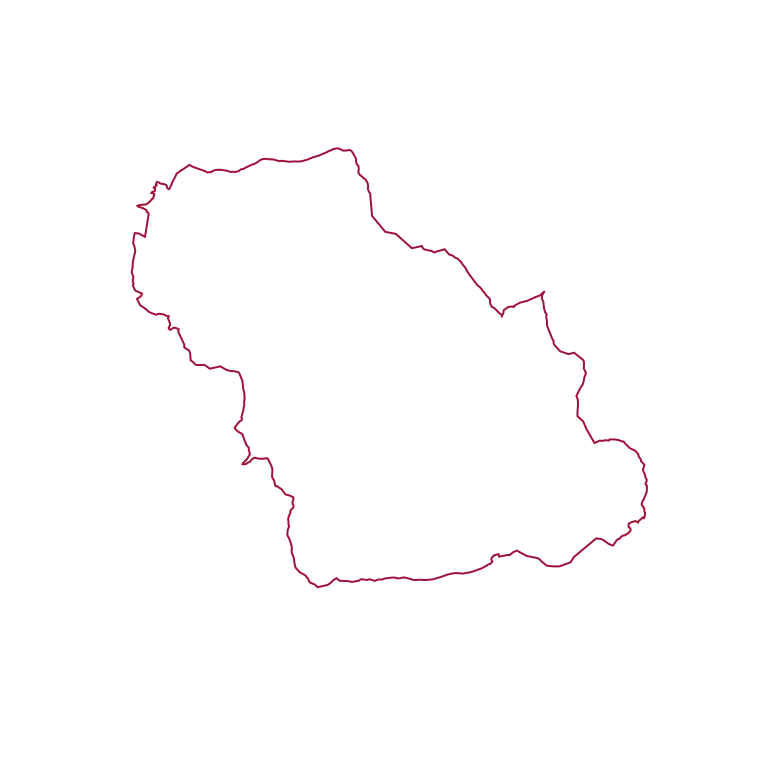 Fundu Moldovei, Suceava, Romania (Albers equal-area conic projection), rotated 17°
{"feature_id": "2599482B95968201222680", "entity_name": "Fundu Moldovei", "entity_type": "district", "adm_level": 2, "iso_a3": "ROU", "parent_name": "Romania", "parent_adm1": "Suceava", "projection": "albers", "projection_center": [25.315, 47.553], "detail": "fine", "context": "isolated", "style": "outline", "palette": "rose", "viewbox_px": 768, "rotation_deg": 17, "n_neighbors": 0, "source": "geoboundaries", "source_scale": "gbopen_adm2", "svg_char_len": 6161}
<svg xmlns="http://www.w3.org/2000/svg" viewBox="0 0 768 768"><g transform="rotate(17 384 384)"><path d="M380.0,597.7L388.7,592.7L390.9,590.2L392.9,586.4L395.4,583.6L399.0,585.1L406.6,583.2L411.6,582.5L417.6,579.4L418.5,578.0L419.6,577.3L425.3,576.3L427.1,575.1L428.0,574.9L432.8,575.0L435.4,572.8L439.5,571.4L441.7,569.7L448.5,566.7L451.2,565.9L453.5,566.0L456.2,565.1L458.2,563.7L460.4,563.0L468.8,562.7L471.4,562.3L475.8,560.6L481.2,559.3L487.7,556.6L494.7,552.0L500.1,547.9L504.2,545.5L507.5,543.9L515.3,542.1L517.1,540.9L520.4,539.6L521.6,538.6L522.9,538.0L531.1,531.9L535.2,527.8L536.5,526.1L538.4,524.8L539.6,522.1L538.2,520.8L537.8,520.0L537.9,518.5L538.5,517.2L539.0,516.9L539.1,516.0L539.3,515.7L543.3,513.2L544.6,515.4L552.5,511.2L554.1,510.9L556.8,507.0L559.7,504.5L570.9,506.7L582.1,505.6L584.7,506.4L586.3,507.5L592.8,510.2L599.4,508.9L605.3,507.0L614.5,500.0L616.1,494.1L632.1,469.6L636.9,468.8L639.2,469.0L645.5,471.2L648.9,471.6L650.3,471.4L652.1,465.7L653.1,463.9L654.2,463.5L655.7,460.4L656.8,459.1L658.0,458.7L660.7,456.0L662.7,452.4L662.3,450.9L661.7,450.0L660.0,449.4L659.1,447.8L659.1,446.8L658.9,446.0L660.6,444.2L664.4,441.6L667.2,442.0L667.0,441.5L670.7,435.8L671.8,436.4L672.0,436.2L671.8,432.6L671.1,430.6L670.4,430.2L669.4,427.1L668.2,426.3L667.7,425.3L666.1,424.5L665.7,424.0L665.5,423.4L665.5,420.2L666.0,419.1L666.2,417.8L666.7,412.6L666.7,409.8L665.8,406.5L665.0,404.2L663.6,403.5L663.1,402.5L663.5,400.5L663.3,398.7L662.3,398.0L659.0,393.1L657.9,392.1L656.9,390.6L656.6,389.8L656.6,388.7L656.8,387.3L656.5,385.0L652.7,382.9L651.4,380.8L650.8,380.5L648.8,378.9L647.8,376.9L643.9,374.4L637.9,373.5L631.8,370.3L630.0,368.9L628.1,369.4L624.8,369.0L620.2,369.7L617.2,370.6L615.7,371.3L615.5,372.4L612.8,372.9L611.5,373.3L609.9,374.4L606.8,375.1L602.5,378.9L590.7,367.8L585.5,361.6L578.5,358.3L577.4,355.0L575.6,347.2L574.1,342.7L571.5,339.0L572.6,332.3L573.2,329.3L574.1,326.8L574.2,324.6L574.0,321.6L573.6,319.2L574.0,316.8L573.7,314.2L572.5,312.7L570.8,311.2L570.5,310.5L569.2,305.7L568.4,303.9L567.4,302.8L556.7,298.5L551.6,301.5L542.9,301.2L535.0,296.5L534.2,295.3L533.4,293.0L531.3,291.1L522.7,280.3L521.4,276.0L519.6,272.7L519.2,270.0L516.9,268.0L514.8,264.6L512.5,259.1L509.8,255.9L509.3,252.6L510.5,248.3L507.2,253.8L503.8,256.3L496.8,262.5L489.9,266.7L485.3,271.7L485.5,272.4L483.9,272.4L480.4,274.0L476.9,278.3L477.4,281.3L476.9,284.5L476.0,283.3L473.7,282.6L467.7,279.3L464.2,278.5L462.2,276.2L461.4,274.6L460.9,272.6L459.7,271.3L455.4,269.1L452.9,266.9L451.2,266.3L450.1,265.1L447.8,263.6L443.9,261.9L434.3,254.9L430.7,252.0L428.1,249.2L424.6,247.0L422.4,245.1L417.5,242.4L415.4,242.5L412.3,241.2L408.2,241.0L402.6,237.4L395.3,242.1L393.9,243.4L390.6,243.0L383.1,243.5L381.1,242.4L379.9,241.0L370.9,246.0L351.5,237.0L340.7,238.1L323.5,226.8L315.0,205.8L313.4,204.6L311.9,202.7L311.1,201.0L311.2,199.6L309.5,196.6L306.7,193.9L304.3,193.1L301.7,191.7L300.3,191.4L298.3,190.0L297.5,188.7L297.1,186.0L296.0,183.3L295.1,182.4L293.7,181.9L291.9,178.8L291.2,176.5L286.6,172.1L285.2,171.0L283.4,170.3L282.4,170.3L280.5,171.4L277.0,172.7L275.9,172.8L272.3,172.0L269.6,172.6L266.8,174.2L264.5,176.5L263.4,177.0L261.8,178.8L254.4,185.0L249.9,187.9L245.5,191.6L240.7,194.7L237.7,196.1L232.5,197.6L228.0,199.3L221.2,200.4L218.6,201.5L212.0,201.7L207.7,202.9L205.3,203.1L202.6,204.2L200.2,206.0L197.7,209.3L195.5,211.6L192.9,213.3L189.9,216.3L188.9,216.9L186.9,219.3L184.5,220.5L182.6,223.0L179.7,224.9L178.3,224.9L174.8,226.1L170.7,226.0L168.2,226.6L166.9,226.5L162.8,227.6L160.2,228.7L157.4,230.8L156.7,232.0L155.2,232.4L153.3,233.4L151.2,232.8L137.6,232.2L133.8,231.4L128.5,238.1L127.2,239.3L126.1,241.1L124.5,242.9L124.1,243.8L124.0,245.2L122.4,254.1L122.6,254.9L121.6,260.5L120.3,260.4L119.6,259.9L119.0,259.4L118.3,258.0L117.7,257.5L114.6,257.1L113.6,257.6L111.8,257.6L111.1,257.6L110.3,257.1L107.7,257.2L107.5,260.0L108.5,260.3L108.4,260.7L107.6,262.2L106.6,262.7L106.4,263.6L108.1,264.1L108.4,266.6L106.6,267.8L105.9,268.6L105.6,269.3L106.2,269.5L107.1,269.1L108.8,269.5L109.1,270.4L108.8,272.0L109.0,273.9L107.9,275.1L107.9,275.8L107.0,277.1L106.9,278.0L106.0,279.0L105.6,280.0L104.1,281.7L98.5,284.1L96.2,285.4L96.0,285.7L97.0,286.2L102.5,286.4L106.1,287.3L106.6,288.6L107.1,289.0L108.2,289.0L109.2,289.8L112.4,313.1L111.5,313.1L110.6,312.7L105.5,311.8L101.6,312.5L101.6,314.8L102.7,321.6L103.1,323.0L104.7,324.8L107.0,328.8L107.5,331.1L107.5,333.6L108.1,340.2L109.0,344.3L109.7,346.5L109.8,349.6L110.2,351.2L113.0,354.9L113.4,357.8L114.2,360.2L114.8,360.7L115.1,361.6L115.1,363.1L118.1,366.8L119.1,367.4L126.2,368.3L125.9,370.8L125.6,371.6L122.9,374.8L127.5,379.7L128.3,380.2L132.7,381.4L138.1,383.7L140.6,384.2L145.9,384.3L146.4,384.2L147.0,383.4L147.9,382.7L153.1,381.8L155.3,382.4L158.3,382.1L158.1,384.1L161.1,387.9L162.2,390.2L161.6,393.3L163.1,394.7L164.1,394.5L165.9,392.0L168.2,391.2L171.8,391.7L171.9,394.2L181.5,404.7L182.3,407.4L188.0,409.1L189.6,411.3L192.2,417.9L195.5,419.0L197.7,420.5L199.4,420.6L206.2,418.4L208.2,418.6L212.9,420.3L222.3,415.0L229.4,416.6L233.7,416.4L237.5,415.5L241.5,415.3L242.9,416.5L246.2,420.6L247.4,421.8L250.9,429.9L253.3,434.0L255.1,439.3L255.7,442.9L256.6,444.9L256.7,447.5L257.2,450.4L257.3,457.1L258.5,459.3L258.6,459.9L258.3,460.5L256.4,462.7L254.1,468.8L254.0,469.6L254.5,470.2L257.9,472.1L263.1,473.3L269.6,481.8L270.8,483.0L272.6,483.8L273.4,484.9L274.3,487.2L274.8,487.7L276.3,490.5L274.8,496.5L272.2,500.9L272.2,502.0L273.8,501.8L276.2,500.1L276.5,499.3L278.4,497.7L279.6,494.8L281.2,492.7L282.1,492.3L286.8,491.9L291.5,490.4L292.3,489.6L294.6,489.2L300.6,495.7L301.9,497.7L302.6,499.7L304.0,505.2L304.7,506.3L307.3,508.6L309.2,512.3L310.2,513.3L310.7,513.4L312.1,512.9L313.3,513.6L316.6,514.5L321.8,518.2L322.7,518.5L325.9,518.2L330.2,518.8L330.9,520.0L331.2,524.6L333.1,526.9L333.4,527.9L333.4,528.8L331.7,531.8L331.6,532.8L332.2,534.7L331.6,538.4L332.0,541.8L332.7,543.0L333.6,545.8L334.8,547.9L334.6,552.0L335.5,555.9L336.0,557.0L339.2,560.3L341.8,564.1L343.8,567.5L344.2,569.6L345.2,572.5L348.3,576.2L352.2,584.3L353.2,585.5L358.3,588.6L364.7,590.0L368.1,592.2L370.5,595.0L371.7,595.6L376.0,595.9L380.0,597.7Z" fill="none" stroke="#9f1239" stroke-width="2"/></g></svg>